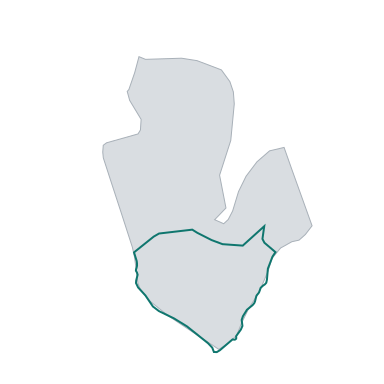 Dikhil highlighted on a map of Djibouti, rotated 308°
{"feature_id": "DJI-1569", "entity_name": "Dikhil", "entity_type": "Region", "adm_level": 1, "iso_a3": "DJI", "parent_name": "Djibouti", "parent_adm1": "", "projection": "mercator", "projection_center": [42.104, 11.405], "detail": "fine", "context": "in_parent", "style": "outline", "palette": "teal", "viewbox_px": 384, "rotation_deg": 308, "n_neighbors": 0, "source": "natural_earth", "source_scale": "10m", "svg_char_len": 1645}
<svg xmlns="http://www.w3.org/2000/svg" viewBox="0 0 384 384"><g transform="rotate(308 192 192)"><path d="M283.8,237.1L271.8,255.9L256.6,280.0L239.3,307.4L228.4,307.5L220.0,306.0L214.3,301.3L202.4,296.3L189.0,295.9L176.3,300.7L154.6,306.5L135.1,308.4L119.4,311.7L106.4,315.5L94.6,313.5L84.5,310.0L82.2,280.9L79.8,249.3L80.1,224.6L83.7,210.9L86.8,205.6L105.3,186.8L111.7,179.1L132.8,147.9L150.8,121.1L164.3,101.1L168.5,97.1L174.2,93.3L178.2,94.4L204.5,113.7L209.1,113.2L217.9,107.2L225.8,86.5L231.4,79.0L233.8,79.2L250.7,73.4L266.0,66.9L267.9,73.7L291.0,101.4L298.6,115.1L306.3,140.0L302.3,153.9L296.3,163.0L287.4,171.1L256.5,190.8L222.2,203.4L200.3,228.6L184.1,226.9L186.5,236.5L192.6,237.5L202.1,235.7L221.0,228.4L237.7,224.9L255.8,224.6L272.2,227.8L283.8,237.1Z" fill="#d9dde1" stroke="#a8b0b8" stroke-width="1"/><path d="M103.6,317.1L102.4,316.9L101.6,316.2L101.2,315.4L100.8,314.7L84.5,311.4L81.1,310.1L80.1,308.7L79.4,307.8L81.8,303.8L82.7,297.8L83.0,270.8L81.3,255.6L77.8,239.4L77.7,231.7L81.8,219.0L83.6,208.3L85.8,203.9L87.9,202.5L93.3,200.1L94.6,198.3L95.4,196.3L96.6,195.5L98.1,195.0L100.0,194.1L101.9,192.6L103.5,191.0L108.7,183.5L111.0,184.0L133.3,189.3L139.0,191.6L162.5,215.4L163.1,221.3L166.2,237.1L169.7,248.2L181.0,265.0L209.5,270.0L198.4,276.4L196.6,280.3L196.0,294.4L196.0,294.7L196.0,294.8L190.7,295.2L178.3,299.0L169.1,305.0L166.2,306.4L164.1,306.3L161.9,305.6L158.8,305.1L154.3,306.6L153.2,306.7L150.7,306.6L149.5,306.8L144.6,309.0L142.7,309.5L140.1,309.4L133.1,307.8L125.5,308.6L121.8,309.9L117.5,314.2L113.7,315.2L105.9,315.5L105.0,315.9L104.4,316.6L103.6,317.1Z" fill="none" stroke="#0f766e" stroke-width="2"/></g></svg>